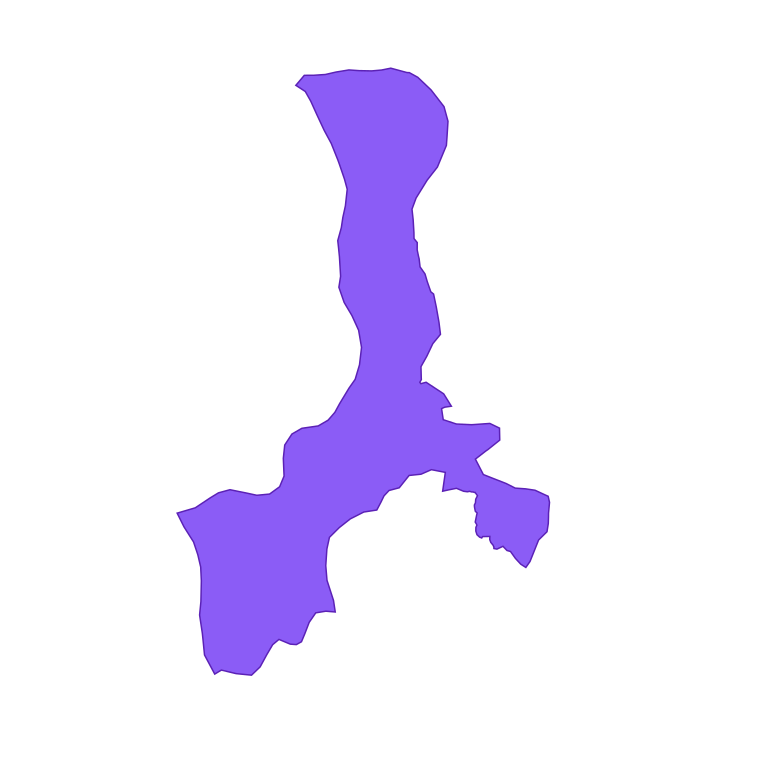 outline of Ughelli North, Delta, Nigeria, rotated 189°
{"feature_id": "59680162B70966513794539", "entity_name": "Ughelli North", "entity_type": "district", "adm_level": 2, "iso_a3": "NGA", "parent_name": "Nigeria", "parent_adm1": "Delta", "projection": "robinson", "projection_center": [6.018, 5.482], "detail": "fine", "context": "isolated", "style": "filled", "palette": "violet", "viewbox_px": 768, "rotation_deg": 189, "n_neighbors": 0, "source": "geoboundaries", "source_scale": "gbopen_adm2", "svg_char_len": 2756}
<svg xmlns="http://www.w3.org/2000/svg" viewBox="0 0 768 768"><g transform="rotate(189 384 384)"><path d="M426.7,697.0L435.6,693.7L445.2,691.3L457.6,689.6L467.8,688.7L480.2,684.6L490.4,680.5L492.7,680.0L501.4,678.0L511.0,676.4L517.8,665.2L507.5,660.6L500.6,651.9L492.3,639.3L482.7,625.1L473.7,613.3L464.6,598.0L462.5,594.2L455.1,580.2L450.8,570.6L450.0,553.9L450.7,542.0L450.6,531.7L452.1,518.4L450.2,511.4L447.9,502.6L443.7,483.6L443.7,472.5L436.1,458.3L426.4,446.6L420.3,437.4L418.2,434.2L417.5,433.2L411.9,416.6L411.2,399.1L412.0,393.2L413.2,384.1L417.9,374.5L424.7,357.8L428.1,348.3L432.2,341.7L433.6,339.5L442.4,332.3L458.2,327.4L467.1,320.2L472.5,308.2L471.8,294.8L468.3,277.4L471.0,266.2L479.8,257.4L489.1,255.0L492.2,254.2L503.1,254.8L519.6,255.5L524.5,253.3L530.5,250.6L538.0,244.2L551.0,232.2L568.1,224.1L561.9,215.4L559.1,211.5L547.4,198.2L541.2,186.3L536.4,174.5L533.6,161.0L530.8,140.5L530.0,127.0L524.5,109.6L523.1,104.4L518.9,88.3L505.8,71.0L499.9,76.0L484.8,74.8L469.3,75.7L462.1,85.2L457.4,98.4L453.2,109.1L447.8,115.3L435.9,112.4L429.8,112.9L425.2,116.5L423.2,124.7L420.6,136.9L415.6,147.3L405.9,150.5L401.6,150.8L396.5,151.2L400.0,162.3L409.6,181.2L413.1,195.5L414.6,212.1L414.5,213.8L413.9,224.0L405.7,235.2L396.2,245.5L391.2,249.1L383.9,254.4L371.4,258.4L368.6,266.6L366.5,273.5L362.4,279.6L352.7,283.9L344.9,297.6L333.3,300.7L323.8,306.8L309.6,306.3L309.3,287.3L303.2,289.7L296.1,292.3L288.6,290.5L284.8,290.6L282.5,291.4L280.7,291.1L279.0,291.3L277.6,291.0L277.1,291.2L274.2,288.3L275.4,284.5L275.1,280.9L275.8,278.6L275.4,276.7L274.8,275.0L273.9,272.6L272.9,271.9L271.8,271.1L272.0,269.1L272.3,261.9L270.6,259.9L270.2,259.0L270.8,256.8L270.3,253.1L268.6,249.7L265.6,247.7L263.4,247.2L262.8,248.7L255.6,250.0L255.2,246.8L253.7,244.2L251.0,241.8L250.0,240.2L249.7,238.7L246.6,238.6L241.1,242.3L236.5,238.8L233.2,238.4L232.8,238.3L226.8,232.2L220.7,227.4L215.2,225.0L212.0,231.6L206.9,254.1L199.9,263.6L199.9,271.9L200.7,278.2L201.3,282.2L202.0,293.0L204.3,298.8L207.3,299.6L218.2,302.7L227.8,302.6L238.1,301.7L247.7,304.8L261.4,307.8L271.7,310.1L282.0,324.1L273.1,333.6L271.1,335.5L260.9,346.7L262.7,356.7L263.0,358.5L273.3,361.6L288.0,358.2L291.1,357.5L306.2,355.8L319.9,358.0L323.3,368.7L320.4,370.6L314.0,372.6L323.5,383.6L342.7,392.3L347.6,390.1L347.9,390.3L348.9,391.3L347.8,394.2L348.2,396.1L350.2,406.9L346.1,418.0L342.1,431.5L336.0,441.9L339.4,453.7L344.3,467.9L349.1,480.6L352.2,482.4L357.3,491.9L360.7,499.1L366.7,505.3L368.9,513.2L369.8,515.3L372.2,521.6L373.3,528.9L377.1,532.3L378.1,538.1L380.9,550.8L383.7,561.1L381.4,572.7L373.3,592.0L365.2,606.6L359.7,629.4L360.4,637.7L361.9,653.5L368.1,667.3L383.5,681.8L398.6,692.2L407.7,695.5L410.0,695.2L426.7,697.0Z" fill="#8b5cf6" stroke="#5b21b6" stroke-width="1.5"/></g></svg>